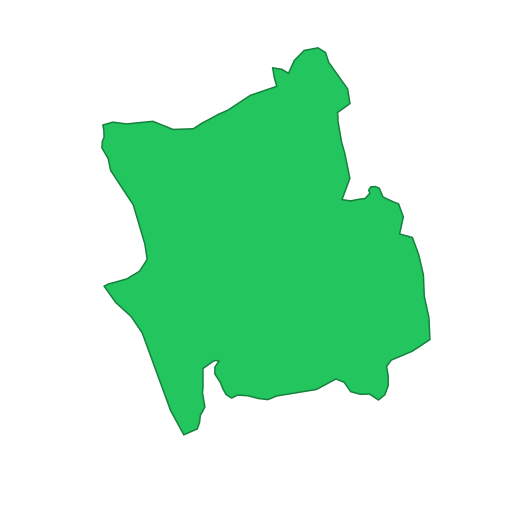 map outline of Pŏḷŏnnaruva (Mercator projection), rotated 157°
{"feature_id": "LKA-2453", "entity_name": "Pŏḷŏnnaruva", "entity_type": "District", "adm_level": 1, "iso_a3": "LKA", "parent_name": "Sri Lanka", "parent_adm1": "", "projection": "mercator", "projection_center": [81.021, 7.997], "detail": "fine", "context": "isolated", "style": "filled", "palette": "green", "viewbox_px": 512, "rotation_deg": 157, "n_neighbors": 0, "source": "natural_earth", "source_scale": "10m", "svg_char_len": 1400}
<svg xmlns="http://www.w3.org/2000/svg" viewBox="0 0 512 512"><g transform="rotate(157 256 256)"><path d="M123.2,274.8L118.8,273.2L116.0,270.1L116.1,260.8L108.9,252.7L104.4,248.3L105.1,234.4L115.2,220.2L104.8,211.9L105.7,193.6L109.3,173.1L116.8,153.3L121.0,131.3L128.6,111.1L149.2,107.3L172.2,107.3L178.9,103.3L181.1,94.2L185.0,84.9L191.7,77.9L199.5,75.6L205.5,84.6L214.0,87.9L221.9,94.2L224.1,105.1L230.5,111.6L252.5,109.5L291.8,119.1L301.1,119.1L309.7,124.0L318.1,130.5L327.3,135.2L333.9,134.7L337.6,140.0L338.4,146.7L338.2,153.4L340.0,163.4L337.2,169.9L331.2,173.7L333.2,175.2L335.7,176.0L348.8,173.1L356.1,155.8L358.8,150.8L362.0,137.1L365.6,134.0L369.6,131.0L373.0,124.8L377.7,119.7L384.2,119.7L392.3,119.6L395.0,147.0L390.8,229.7L394.6,249.1L403.3,268.0L407.6,287.5L402.9,287.9L384.0,285.4L369.1,287.5L357.5,295.4L353.6,310.6L349.0,351.0L356.4,391.5L354.0,403.3L355.6,415.7L352.8,421.3L349.4,424.8L347.0,431.0L345.8,436.4L335.6,435.2L323.4,428.1L298.3,420.3L282.9,404.9L264.0,397.6L254.5,399.3L235.1,401.1L225.3,401.2L198.4,406.1L170.6,404.1L169.4,413.5L167.1,422.7L159.2,417.7L154.7,411.5L144.4,421.0L131.3,426.4L117.6,423.4L112.5,416.1L113.4,405.9L106.4,374.0L109.9,359.6L125.0,356.2L126.0,352.4L127.7,348.7L132.7,327.5L134.2,315.5L139.3,290.7L154.8,274.3L147.2,269.7L139.0,268.0L133.0,266.3L126.7,269.3L126.5,272.6L123.2,274.8Z" fill="#22c55e" stroke="#15803d" stroke-width="1.5"/></g></svg>